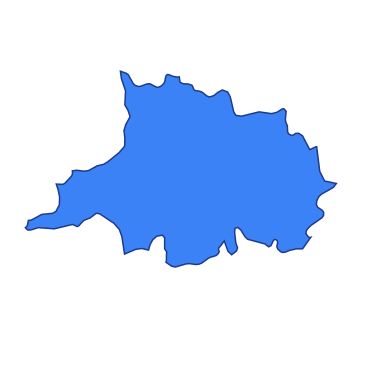 SVG path tracing the border of Alpes-de-Haute-Provence, rotated 212°
{"feature_id": "FRA-5265", "entity_name": "Alpes-de-Haute-Provence", "entity_type": "Metropolitan department", "adm_level": 1, "iso_a3": "FRA", "parent_name": "France", "parent_adm1": "", "projection": "orthographic", "projection_center": [6.23, 44.166], "detail": "fine", "context": "isolated", "style": "filled", "palette": "blue", "viewbox_px": 384, "rotation_deg": 212, "n_neighbors": 0, "source": "natural_earth", "source_scale": "10m", "svg_char_len": 2752}
<svg xmlns="http://www.w3.org/2000/svg" viewBox="0 0 384 384"><g transform="rotate(212 192 192)"><path d="M314.4,73.4L313.8,76.1L315.7,81.2L313.4,83.0L307.6,93.3L298.9,100.1L297.1,103.4L297.7,110.8L301.6,117.6L306.8,123.0L311.3,126.8L305.6,130.0L304.4,132.1L303.0,139.6L302.6,141.1L302.6,142.3L303.2,144.5L304.0,145.6L304.7,146.5L301.4,149.3L294.5,152.5L291.1,155.3L286.3,163.9L281.6,168.7L279.5,172.8L274.7,186.7L273.4,195.2L277.4,202.0L282.2,208.0L283.9,214.2L284.4,223.0L289.2,227.1L295.1,230.3L302.0,242.6L312.0,250.8L316.7,256.5L310.9,257.8L308.2,257.7L299.6,252.9L296.9,252.3L293.6,253.0L291.9,254.1L287.6,259.6L285.1,261.5L277.5,262.1L276.0,263.1L274.7,264.8L273.8,267.0L273.4,269.3L273.7,271.5L275.4,275.8L275.6,277.5L275.0,278.7L273.9,279.2L269.5,280.0L265.6,281.5L263.8,282.9L260.3,278.7L256.6,279.2L252.7,281.5L248.7,282.5L247.5,282.0L245.4,280.3L244.2,279.8L242.8,279.8L238.8,281.6L236.0,282.0L230.2,281.3L227.4,281.9L224.5,285.4L222.8,290.4L220.3,294.6L214.8,295.7L209.9,292.9L199.3,282.3L195.5,280.2L190.2,282.5L177.6,295.5L165.9,300.7L162.1,304.8L159.5,310.3L158.0,311.3L154.9,310.3L151.2,302.9L149.0,300.5L146.3,298.8L142.9,293.8L140.9,292.5L137.5,292.7L136.1,294.4L135.1,296.7L132.7,298.3L128.0,298.2L114.6,290.3L111.2,295.6L110.3,296.5L94.6,277.2L85.4,271.6L74.1,275.7L74.6,270.7L81.3,258.4L82.0,254.9L81.5,250.7L79.9,247.2L77.3,245.6L71.8,245.5L69.6,244.5L68.0,241.9L68.1,239.1L73.4,226.7L74.3,223.2L74.5,219.8L73.4,217.1L70.1,215.7L68.1,215.6L67.3,216.5L68.1,202.4L73.4,199.1L78.4,194.1L80.5,191.0L82.7,189.0L85.0,188.3L89.1,189.1L91.0,190.5L91.8,192.1L92.1,193.5L92.9,194.9L94.0,195.9L95.4,196.1L96.6,195.6L97.3,194.3L96.6,188.4L98.0,186.1L102.7,186.6L119.8,181.4L123.5,182.2L130.8,185.8L134.4,186.1L136.3,184.1L134.7,180.7L128.0,172.2L123.8,168.8L123.0,165.6L125.1,159.8L130.1,160.8L138.7,167.6L139.1,162.5L139.7,158.5L138.7,157.0L137.4,156.0L137.0,153.9L137.8,151.1L139.4,149.0L141.2,147.1L142.8,145.0L146.0,137.0L147.7,134.6L150.4,132.5L156.4,129.8L159.1,127.7L166.2,119.7L169.8,118.3L170.0,118.3L170.3,118.3L170.6,118.3L170.9,118.3L171.0,118.3L171.3,118.4L171.5,118.4L171.9,118.4L172.1,118.4L172.3,118.4L172.5,118.4L172.9,118.4L173.1,118.4L173.3,118.5L173.5,118.5L173.9,118.5L174.2,118.5L174.4,118.5L174.6,118.5L174.9,118.5L175.1,118.5L175.3,118.6L175.5,118.6L175.8,118.6L176.1,118.6L176.3,118.6L176.5,118.6L176.8,118.6L177.6,120.7L180.7,125.7L181.5,127.7L185.1,129.3L190.9,138.6L194.2,139.7L198.4,135.9L200.0,130.6L199.6,124.9L198.1,119.7L204.6,117.5L209.4,113.5L216.3,103.6L227.9,117.1L233.9,121.8L241.7,124.1L258.9,124.6L261.9,123.2L264.6,116.1L268.5,110.9L269.2,108.5L270.1,103.3L271.0,101.9L276.1,101.2L289.4,87.7L303.4,80.4L308.5,74.5L311.1,72.7L314.4,73.4Z" fill="#3b82f6" stroke="#1e3a8a" stroke-width="1.5"/></g></svg>